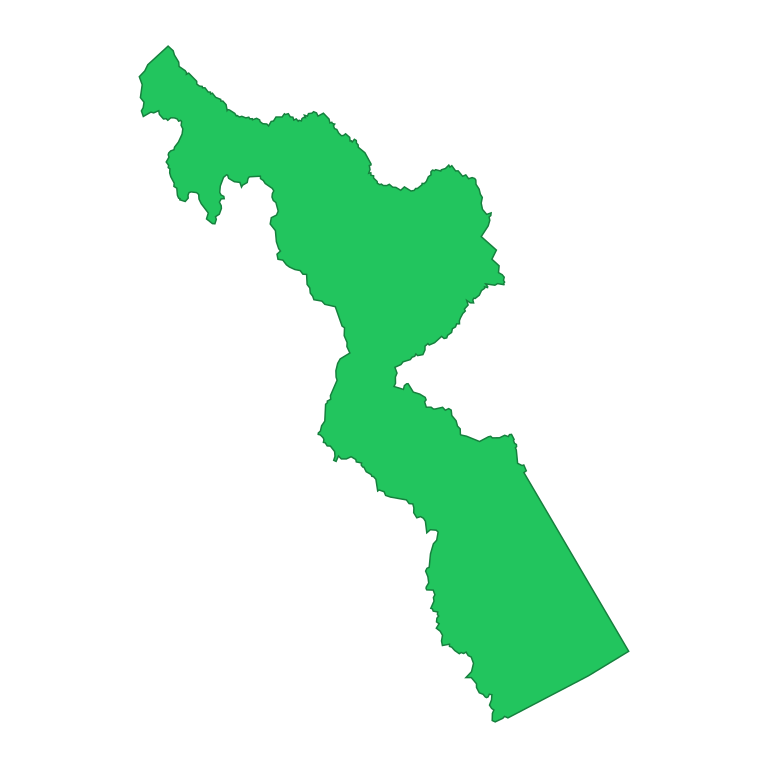 Chitipa, Chitipa, Malawi
{"feature_id": "42251766B85605316960959", "entity_name": "Chitipa", "entity_type": "district", "adm_level": 2, "iso_a3": "MWI", "parent_name": "Malawi", "parent_adm1": "Chitipa", "projection": "natural_earth1", "projection_center": [33.265, -9.968], "detail": "fine", "context": "isolated", "style": "filled", "palette": "green", "viewbox_px": 768, "rotation_deg": 0, "n_neighbors": 0, "source": "geoboundaries", "source_scale": "gbopen_adm2", "svg_char_len": 6106}
<svg xmlns="http://www.w3.org/2000/svg" viewBox="0 0 768 768"><path d="M474.7,178.5L472.1,177.6L468.6,178.7L465.8,174.9L462.6,176.3L458.2,170.9L455.6,170.9L451.8,165.7L449.9,167.1L448.8,165.1L445.4,168.5L441.3,169.8L440.8,171.0L435.7,169.7L434.5,170.6L432.5,170.1L430.9,171.9L431.0,174.9L428.4,176.7L426.3,181.5L424.3,183.5L422.1,183.4L421.9,184.9L417.4,188.5L415.6,188.5L414.2,190.4L411.0,191.0L404.4,186.9L400.7,190.3L395.9,187.4L392.7,187.2L389.3,184.3L386.8,185.6L383.2,185.5L381.4,184.1L379.7,184.6L377.4,183.3L377.1,181.4L373.6,178.1L373.6,175.8L371.0,175.3L370.8,172.8L368.7,173.3L370.0,169.6L369.3,165.5L371.0,164.9L371.0,163.9L364.9,152.7L358.3,147.3L358.1,144.8L356.5,143.2L356.3,140.5L354.4,139.3L352.2,142.0L351.3,140.8L350.1,141.0L349.7,137.4L345.6,133.8L343.4,135.5L341.4,135.7L338.7,133.1L336.8,129.5L334.5,128.6L333.5,125.8L334.7,124.1L332.4,123.5L331.8,122.3L329.9,122.9L329.0,119.0L323.4,113.2L318.0,116.1L316.5,112.9L313.6,111.7L311.9,113.2L308.5,113.6L307.4,116.1L304.4,115.2L305.4,117.6L303.5,117.5L302.0,118.6L301.4,120.9L299.1,120.3L298.2,121.2L296.2,118.9L293.8,120.1L292.9,117.2L290.3,116.9L288.3,113.7L285.3,114.5L284.4,113.8L282.1,117.0L276.0,117.0L273.5,121.0L271.1,121.5L268.6,125.9L266.8,124.0L262.8,123.7L260.1,121.7L259.6,119.9L256.6,118.3L252.5,119.8L252.3,118.7L249.8,118.8L248.8,117.2L245.8,117.9L241.8,116.3L239.4,117.0L237.1,115.5L236.3,115.9L234.8,113.4L229.5,110.0L227.7,109.6L227.1,110.5L226.1,104.7L222.9,101.1L220.9,101.1L220.7,99.4L215.6,97.3L212.4,93.2L210.6,93.9L210.4,92.1L208.1,92.0L205.0,87.8L202.5,87.8L202.2,86.4L199.5,86.1L196.8,84.1L196.7,81.3L188.7,73.1L186.4,74.3L186.6,72.8L185.2,70.7L179.1,66.5L178.7,62.1L174.4,55.0L173.2,50.8L168.1,46.1L147.8,64.7L144.8,70.9L139.3,76.7L142.2,84.7L140.4,97.6L144.0,102.2L143.2,107.6L141.4,110.9L143.3,116.5L150.9,112.1L153.7,112.9L158.7,110.7L159.4,114.4L163.5,119.0L166.2,118.7L167.8,120.3L170.8,117.8L174.4,117.9L177.1,118.9L178.7,121.2L180.6,120.4L181.6,121.7L181.1,125.3L182.8,128.8L182.1,134.1L178.4,142.1L174.5,147.2L174.0,149.7L170.7,150.9L168.7,153.0L168.2,154.8L169.0,157.1L166.2,162.0L168.6,165.3L168.2,167.6L169.9,168.8L169.7,172.9L170.8,176.8L174.2,183.1L173.9,186.4L176.8,188.2L177.4,195.2L178.6,198.1L180.0,198.6L179.8,199.8L185.2,201.5L188.2,198.1L188.0,195.2L189.0,192.6L191.1,191.9L196.6,192.6L198.7,194.5L199.0,199.1L201.2,203.7L208.3,213.0L206.5,218.9L212.4,223.6L214.9,223.8L216.3,219.4L215.5,216.7L219.3,214.2L221.4,208.4L221.2,205.7L219.4,202.1L221.2,198.9L224.2,198.7L223.8,196.4L221.1,195.0L219.7,192.4L220.3,186.0L223.5,177.4L226.6,174.8L227.7,175.3L228.6,178.3L234.3,181.7L239.9,182.4L241.5,187.1L242.6,185.2L247.2,182.5L248.0,178.5L249.3,176.8L260.4,176.2L260.5,178.6L263.3,180.5L265.2,183.5L272.3,188.4L273.8,190.9L272.4,193.5L272.0,197.1L273.3,200.5L275.9,202.5L278.2,211.1L276.5,215.1L271.3,217.7L270.2,224.0L275.4,230.6L276.4,241.8L278.7,248.7L280.5,251.0L277.0,254.2L278.0,259.3L282.8,260.1L286.4,264.8L289.4,267.0L294.8,269.5L300.2,270.6L302.9,274.2L306.6,274.4L307.1,284.4L309.8,288.0L310.3,293.1L312.7,296.2L313.9,299.7L321.9,301.1L324.8,304.3L335.3,306.7L342.1,326.1L344.5,327.7L344.2,335.7L347.1,342.5L346.9,346.6L349.9,353.0L340.2,358.9L337.7,363.3L335.9,370.7L336.1,377.1L337.1,380.2L330.4,395.7L330.7,399.3L327.3,401.1L327.4,402.6L325.6,404.3L324.8,421.1L321.6,425.8L320.4,431.1L318.3,433.0L318.2,434.4L320.3,434.9L323.1,437.7L323.9,439.6L323.4,442.4L325.2,442.8L327.2,445.9L330.4,446.1L334.6,451.5L335.0,456.3L333.7,460.3L336.1,461.4L338.5,456.0L341.3,458.9L346.4,458.9L351.1,456.7L355.8,459.5L356.3,461.9L361.6,463.0L361.2,465.0L362.7,467.0L363.9,467.2L366.2,471.7L371.1,474.5L371.8,476.3L373.5,476.6L375.9,479.3L377.7,491.0L379.1,490.0L384.1,491.7L385.6,495.4L390.6,497.1L406.4,499.9L409.1,503.6L412.8,503.9L413.9,507.9L413.7,512.7L416.8,517.8L420.6,516.6L423.5,518.3L425.4,521.3L426.8,532.8L430.4,529.7L436.3,530.2L438.1,532.1L436.7,540.2L433.4,543.8L430.5,553.8L429.2,567.2L426.9,568.4L425.6,571.1L427.9,576.7L428.7,582.9L426.2,587.1L426.1,588.6L426.8,589.9L433.2,590.1L434.9,594.8L433.4,597.5L434.0,601.1L430.8,608.3L432.4,608.9L433.2,611.1L437.7,612.0L437.4,614.5L438.7,616.0L436.9,618.2L436.5,621.9L439.1,623.7L436.3,628.2L440.2,631.2L442.5,635.3L441.5,640.9L442.4,645.5L449.5,644.2L449.5,646.4L451.7,647.1L454.7,650.5L459.3,653.7L461.1,652.5L463.6,653.5L466.1,652.1L468.2,655.6L471.2,657.0L473.5,663.3L471.5,671.7L465.9,677.6L471.3,677.6L476.5,683.8L476.5,687.5L479.3,692.8L483.1,694.3L485.3,697.0L486.6,697.6L488.1,696.9L489.3,694.2L491.9,694.7L491.5,699.9L489.5,705.1L491.6,708.4L493.9,710.0L492.4,713.4L492.2,720.5L495.2,721.9L502.8,718.3L504.6,716.4L507.9,717.9L588.4,675.8L628.7,651.3L523.9,472.6L526.3,470.8L523.8,465.0L522.0,465.5L517.6,463.3L516.3,450.0L515.4,447.8L516.6,446.6L516.4,444.5L514.5,443.3L513.5,440.6L514.1,439.4L511.5,434.4L509.5,434.6L508.3,436.6L504.7,435.3L499.5,437.8L492.3,437.9L490.7,436.3L488.4,436.8L479.5,441.5L466.5,436.2L461.0,435.0L460.4,434.4L460.2,428.9L457.5,426.1L456.1,420.8L451.8,415.5L451.2,410.1L448.7,408.6L445.3,410.2L442.6,407.3L435.2,409.0L433.4,409.0L431.1,407.2L426.3,407.2L424.6,401.8L426.1,399.9L425.2,397.4L419.8,394.1L413.3,392.1L408.1,383.7L406.6,383.8L404.4,385.6L403.4,389.4L394.0,386.5L395.5,383.3L395.4,377.0L397.0,373.1L394.9,367.3L400.9,364.6L403.1,361.8L410.3,359.6L412.1,357.2L414.7,356.3L415.9,354.0L417.6,355.6L422.9,354.6L425.0,349.9L425.0,346.2L427.9,343.6L429.2,345.0L434.6,342.7L441.6,336.4L444.1,338.5L446.7,337.9L447.6,335.3L451.6,332.4L452.4,328.7L455.5,326.9L456.6,323.9L459.5,323.8L459.4,320.7L460.5,317.8L462.8,313.5L465.3,311.0L464.4,309.1L468.1,305.0L466.7,300.4L470.2,302.8L473.6,302.9L472.8,299.9L473.8,298.2L475.1,298.5L479.3,295.2L481.5,290.5L484.6,288.3L484.5,286.8L487.5,287.6L487.7,286.6L485.7,283.9L494.9,285.2L497.6,283.6L504.5,284.8L503.3,284.1L504.6,282.1L503.5,280.4L504.2,277.2L502.2,274.7L498.5,272.6L499.1,265.8L491.9,259.2L496.4,250.1L481.2,236.6L488.2,225.9L489.8,220.3L489.1,217.0L490.8,215.6L491.1,212.9L486.7,214.4L482.5,209.4L481.2,203.1L482.3,197.4L480.4,194.3L479.1,189.1L476.0,184.3L475.8,180.0L474.7,178.5Z" fill="#22c55e" stroke="#15803d" stroke-width="1.5"/></svg>